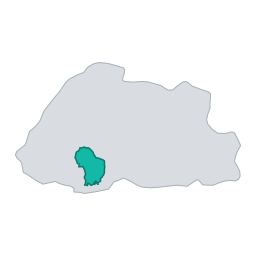 location of Daga within Bhutan
{"feature_id": "BTN-2434", "entity_name": "Daga", "entity_type": "District", "adm_level": 1, "iso_a3": "BTN", "parent_name": "Bhutan", "parent_adm1": "", "projection": "natural_earth1", "projection_center": [89.858, 27.036], "detail": "fine", "context": "in_parent", "style": "filled", "palette": "teal", "viewbox_px": 256, "rotation_deg": 0, "n_neighbors": 0, "source": "natural_earth", "source_scale": "10m", "svg_char_len": 2624}
<svg xmlns="http://www.w3.org/2000/svg" viewBox="0 0 256 256"><path d="M210.1,107.4L209.7,109.2L207.8,114.1L206.6,119.5L207.6,123.8L211.9,129.0L217.7,133.2L225.0,133.5L231.7,131.9L234.3,132.6L238.0,139.5L240.6,145.6L237.2,151.8L235.3,157.2L234.6,161.1L235.0,162.7L237.2,165.9L239.7,171.2L240.1,176.1L238.5,179.4L235.1,181.0L231.4,180.5L228.4,180.6L224.5,181.1L218.6,183.0L213.1,185.3L202.7,184.9L198.5,180.0L196.5,180.0L187.1,186.3L176.8,185.2L158.1,187.3L150.2,187.8L142.2,187.1L138.1,185.7L130.5,181.3L123.7,178.1L116.7,181.1L114.2,181.6L108.6,189.1L96.5,191.6L84.4,193.5L80.8,192.5L74.0,192.0L73.8,190.2L74.0,188.5L72.4,187.2L69.7,185.8L64.9,185.2L58.8,183.3L55.3,181.5L42.9,184.1L35.7,180.2L27.5,174.7L23.3,172.3L21.8,163.9L20.4,161.1L17.2,158.3L15.4,154.9L16.8,151.4L25.0,145.0L25.7,143.5L29.5,131.4L34.7,127.1L39.9,121.0L43.8,111.3L51.4,101.4L59.7,91.3L65.4,83.0L69.2,79.1L77.0,75.0L83.5,72.5L88.0,67.0L93.4,63.9L99.0,62.5L107.3,63.3L115.1,65.3L123.7,68.0L124.7,70.2L124.0,74.2L122.7,78.2L122.7,80.2L124.0,81.3L132.4,82.1L142.6,81.5L148.4,82.0L161.2,85.7L165.0,88.3L168.9,90.3L172.8,89.9L177.6,85.7L182.7,82.1L185.9,81.5L188.1,82.6L192.2,86.1L200.7,89.3L208.2,91.8L210.7,94.1L209.9,104.0L210.1,107.4Z" fill="#d9dde1" stroke="#a8b0b8" stroke-width="1"/><path d="M84.7,147.1L86.1,147.9L88.1,147.8L88.7,148.0L89.7,148.7L90.5,149.6L91.9,150.8L92.6,151.7L93.1,152.5L93.3,152.9L93.6,153.9L94.5,155.5L96.1,157.8L98.8,158.2L101.5,159.4L102.5,159.6L104.3,160.8L104.6,163.5L104.2,164.8L104.7,165.6L104.7,167.4L104.4,169.9L104.4,170.2L104.4,172.6L103.7,174.7L102.7,176.0L102.0,177.3L100.8,178.0L100.6,178.6L100.6,178.9L100.5,179.7L100.5,180.0L100.6,180.7L100.6,181.0L98.2,182.8L97.9,183.1L97.7,183.5L97.8,183.6L98.0,183.8L98.1,184.1L97.8,184.1L97.4,184.0L97.1,183.8L96.9,183.5L96.9,182.9L96.7,182.3L96.5,181.7L95.9,181.3L95.6,181.2L95.5,181.4L95.5,182.1L95.4,182.7L95.2,183.4L95.0,184.1L94.7,184.3L94.3,184.2L94.2,184.0L94.1,183.8L94.1,183.6L94.0,183.2L93.6,184.2L93.2,184.4L91.5,185.2L90.8,185.2L90.4,184.9L89.7,184.1L89.2,183.7L88.3,183.3L87.9,183.3L87.7,183.5L87.8,184.2L87.8,184.5L87.7,184.8L87.6,185.0L87.5,185.5L86.6,185.1L86.3,185.0L85.8,185.0L85.5,185.1L84.3,185.4L84.7,185.1L84.8,184.8L85.3,183.9L85.4,183.3L85.6,182.3L85.7,181.2L85.6,180.4L85.3,179.3L84.5,178.2L84.4,177.8L84.4,176.8L85.6,174.3L84.7,170.6L84.4,169.6L83.0,166.7L78.8,166.7L79.0,165.6L79.1,165.2L79.2,164.8L78.8,163.9L77.3,163.4L76.0,159.3L75.0,157.7L75.6,155.5L75.9,153.6L76.2,152.6L76.5,152.0L76.9,151.8L77.3,151.5L78.0,151.2L78.4,151.0L79.0,150.3L79.5,149.5L80.0,147.8L80.8,148.0L84.7,147.1Z" fill="#14b8a6" stroke="#0f766e" stroke-width="1.5"/></svg>